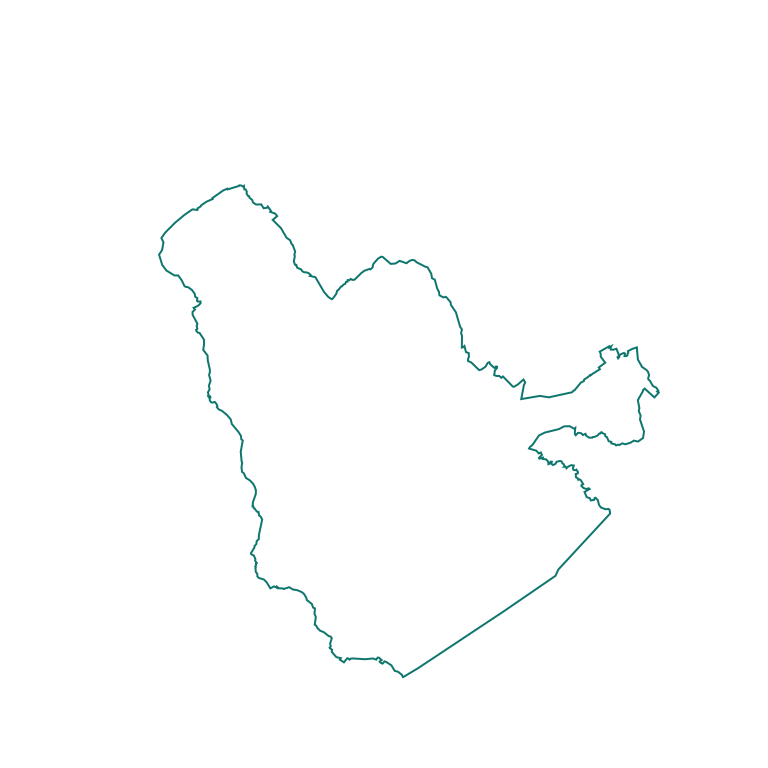 Chapala, Jalisco, Mexico (Equal Earth projection), rotated 51°
{"feature_id": "50627088B97222259694583", "entity_name": "Chapala", "entity_type": "district", "adm_level": 2, "iso_a3": "MEX", "parent_name": "Mexico", "parent_adm1": "Jalisco", "projection": "equal_earth", "projection_center": [-103.201, 20.28], "detail": "fine", "context": "isolated", "style": "outline", "palette": "teal", "viewbox_px": 768, "rotation_deg": 51, "n_neighbors": 0, "source": "geoboundaries", "source_scale": "gbopen_adm2", "svg_char_len": 6153}
<svg xmlns="http://www.w3.org/2000/svg" viewBox="0 0 768 768"><g transform="rotate(51 384 384)"><path d="M562.0,175.1L558.2,174.7L554.7,176.3L549.0,175.3L547.0,175.7L545.8,175.1L543.9,172.4L540.6,171.1L538.2,171.2L533.2,172.7L524.8,171.3L514.6,164.5L512.9,169.2L512.0,173.8L513.5,174.5L513.9,175.9L514.8,176.7L514.9,177.9L513.7,179.5L512.0,177.6L510.8,178.0L509.6,182.5L511.1,184.2L511.4,185.9L510.1,185.6L509.8,183.4L502.9,181.2L501.5,184.5L499.9,186.1L498.2,184.8L497.7,183.7L497.4,186.1L496.4,185.4L494.6,196.0L496.6,196.4L499.3,198.4L506.7,198.7L506.3,206.7L508.4,207.0L507.3,215.6L507.4,218.0L506.7,218.1L507.0,220.4L506.5,225.7L507.5,226.8L506.8,230.1L508.8,239.9L508.4,240.8L508.8,243.0L498.1,264.3L491.4,270.3L482.1,286.8L473.0,276.1L471.6,273.3L468.3,272.8L468.6,280.3L468.0,284.8L466.9,285.5L453.0,286.8L453.0,288.9L450.2,289.4L448.7,291.4L446.5,292.8L443.4,289.5L442.6,286.0L441.7,285.3L440.9,285.8L440.9,288.1L435.5,289.0L433.3,288.4L432.9,290.2L434.4,294.2L434.1,299.0L433.1,301.3L422.3,302.6L419.0,304.2L417.1,302.5L416.6,301.2L413.4,298.7L410.8,300.2L405.1,297.6L405.2,299.6L404.7,300.6L395.8,293.2L392.9,292.0L390.7,289.1L387.3,288.8L373.6,283.0L364.6,282.2L362.4,280.8L356.6,280.9L355.1,281.1L354.1,283.4L349.9,285.1L347.0,283.3L343.4,282.6L335.0,278.9L331.9,280.1L328.1,277.9L320.7,276.7L318.6,278.2L310.0,282.0L307.0,282.5L305.2,284.2L304.4,286.7L304.3,290.5L298.1,294.4L297.6,299.2L294.9,303.2L284.6,305.0L283.3,306.0L282.8,309.8L284.0,316.9L286.3,319.7L286.4,322.4L285.4,323.0L283.6,328.2L283.5,331.9L284.4,341.2L283.3,343.0L281.4,343.8L281.5,345.6L280.4,346.8L281.5,347.9L280.7,349.2L281.8,351.1L281.2,352.9L281.7,355.1L281.2,356.1L282.2,360.1L282.1,361.9L283.9,364.3L285.3,369.7L285.3,371.1L284.5,371.5L281.3,372.5L274.8,372.7L257.8,370.1L253.5,373.5L253.4,372.4L250.7,372.7L248.3,374.1L246.9,375.8L244.9,376.5L242.8,376.3L239.0,378.3L236.3,377.2L235.9,378.0L235.1,378.0L231.9,376.9L228.5,372.8L227.1,372.3L225.2,369.7L218.6,367.5L217.0,367.7L213.1,366.5L209.1,367.7L198.1,366.0L186.4,367.2L186.3,360.4L186.3,361.3L182.9,361.4L178.6,364.1L178.3,362.9L172.9,362.6L173.4,364.0L171.7,366.9L167.1,366.4L164.1,370.4L160.5,371.6L158.1,370.6L154.4,371.3L153.3,370.6L152.2,371.3L149.7,371.0L148.0,369.5L145.8,369.1L144.8,370.0L141.9,368.2L141.9,369.3L139.6,370.2L138.5,371.6L138.8,372.1L134.4,383.0L133.6,382.8L132.4,387.0L131.6,399.5L131.4,400.4L130.7,400.3L132.4,400.7L130.6,407.3L130.1,413.7L130.6,414.6L130.2,418.3L131.3,419.5L127.7,423.0L127.0,432.8L127.2,445.1L128.6,458.5L130.3,464.6L130.6,465.2L135.1,466.2L140.2,472.1L141.9,477.4L151.9,481.4L158.9,481.7L167.8,478.5L170.2,475.6L176.4,476.0L182.1,477.4L183.5,477.1L185.5,475.3L190.0,474.1L194.6,474.3L197.4,475.8L199.9,475.0L201.6,477.0L203.0,476.6L204.3,474.7L205.8,475.6L206.1,478.0L206.0,480.2L205.0,484.0L207.2,484.2L207.5,487.4L209.8,489.2L219.8,491.1L220.8,492.9L223.7,494.4L223.7,496.0L224.9,496.5L226.9,496.3L228.3,495.2L236.2,496.0L240.0,498.9L243.7,503.0L250.8,503.2L254.9,506.2L262.9,510.1L265.2,511.8L266.8,514.2L272.3,516.7L275.1,521.1L278.4,522.9L279.7,526.1L282.5,527.4L282.5,528.3L284.1,528.4L284.4,527.0L285.3,527.4L285.2,528.5L287.4,529.8L289.3,529.9L290.6,528.9L291.4,526.8L294.6,526.8L296.6,527.6L296.7,528.4L298.3,528.5L300.1,528.3L302.6,526.9L309.4,525.5L315.0,525.4L319.2,527.4L329.9,527.3L334.2,527.8L337.2,529.7L339.0,529.3L346.5,538.0L354.6,543.4L355.6,543.5L359.2,547.3L363.0,549.6L365.2,549.1L370.0,550.4L374.8,548.8L379.6,548.5L383.0,549.3L386.1,550.5L388.9,553.0L393.4,560.3L396.0,562.8L396.1,562.3L398.6,563.4L399.2,562.9L402.2,563.1L404.4,562.7L404.6,562.1L407.7,563.8L409.3,563.3L412.7,564.0L422.5,576.1L425.7,578.9L426.0,581.8L428.0,583.9L428.5,586.7L429.5,587.6L431.8,594.0L432.8,594.3L435.5,593.1L439.2,594.2L440.2,595.4L443.0,595.5L442.9,596.6L444.2,597.3L444.7,598.8L445.8,599.0L446.1,599.7L449.4,601.9L452.0,602.0L453.8,603.5L456.1,603.3L460.2,600.4L464.2,600.0L471.3,600.9L472.1,596.9L474.7,595.6L473.8,595.4L473.7,594.8L476.5,594.3L479.3,591.2L480.1,591.1L482.3,585.5L486.2,584.2L489.9,581.0L494.1,578.8L496.6,578.3L501.1,578.9L503.4,579.9L509.5,578.5L513.2,579.8L514.9,578.9L518.7,582.5L522.3,583.7L527.4,589.3L529.0,588.8L531.8,589.3L535.5,588.9L538.9,587.0L545.1,585.6L547.0,584.3L548.7,584.6L551.8,589.2L554.4,590.5L554.7,592.2L555.3,592.3L557.8,591.6L559.3,593.2L566.3,592.9L569.9,590.1L570.4,591.8L575.1,590.3L574.0,585.2L575.0,584.4L576.5,584.3L576.6,582.5L577.7,580.9L585.9,572.0L590.4,565.3L593.3,563.5L592.6,561.2L593.5,560.1L597.1,559.6L596.9,562.0L598.4,562.1L600.4,561.1L599.9,558.1L601.7,557.1L607.3,555.3L613.7,556.2L616.4,554.2L621.4,553.1L623.6,553.8L623.9,553.1L626.3,536.3L636.0,434.2L641.0,371.5L637.9,365.3L627.0,289.8L623.8,287.9L622.3,288.2L620.9,290.5L616.6,293.1L613.3,293.0L608.8,290.9L605.4,291.3L605.2,292.1L606.3,293.7L604.6,296.6L602.3,295.9L599.5,297.7L594.1,296.1L595.0,290.3L593.9,290.5L593.0,292.8L590.6,294.3L587.6,294.8L586.9,294.2L587.2,292.2L582.4,291.6L580.8,292.3L580.7,293.3L579.2,292.8L577.2,293.5L574.6,291.6L575.4,289.7L574.6,288.7L571.7,288.4L571.7,289.1L570.4,290.6L569.7,290.7L568.4,290.3L566.8,287.8L564.9,289.6L564.1,292.6L564.3,295.3L562.5,294.9L561.6,296.1L561.5,295.3L559.1,294.8L558.1,295.3L556.0,294.7L554.6,295.6L553.0,298.9L554.0,300.9L553.4,303.6L551.0,304.2L550.0,302.5L549.3,303.2L550.1,305.6L549.7,306.7L547.9,305.3L544.7,305.4L542.1,307.8L541.2,306.9L539.8,310.2L539.0,310.1L538.5,305.9L535.9,305.2L535.4,307.4L531.6,307.6L525.5,311.9L524.8,310.3L524.8,307.1L521.5,295.9L523.0,289.5L529.1,276.5L530.3,270.6L533.6,266.3L538.4,264.4L538.5,263.0L541.5,266.0L543.2,267.2L544.5,267.2L544.1,264.2L544.6,263.2L546.6,261.7L548.9,261.5L549.5,258.8L551.5,259.4L554.8,258.3L556.8,255.9L556.6,255.3L557.7,253.5L558.4,250.1L558.0,247.8L558.5,247.3L558.2,245.5L558.6,245.1L559.6,245.2L562.2,243.8L563.9,244.9L565.5,244.2L569.9,245.4L571.9,243.8L573.2,244.7L576.5,242.3L577.8,242.3L578.4,240.3L579.6,239.4L580.0,236.3L582.7,234.4L584.7,229.6L585.3,225.4L588.6,222.8L589.0,216.7L584.5,211.8L572.7,207.4L570.0,204.4L565.4,203.1L563.4,200.7L556.3,196.9L552.6,187.4L551.8,186.5L551.6,184.3L564.6,182.3L563.6,176.0L561.8,176.4L562.0,175.1Z" fill="none" stroke="#0f766e" stroke-width="2"/></g></svg>